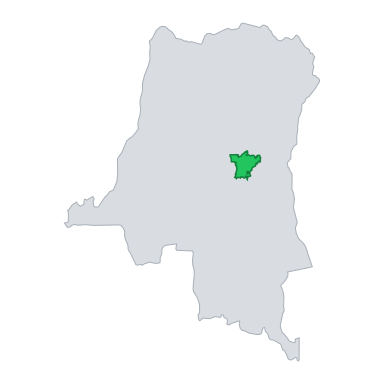 Kailo, Maniema, Democratic Republic of the Congo (highlighted)
{"feature_id": "63176286B17504702690240", "entity_name": "Kailo", "entity_type": "district", "adm_level": 2, "iso_a3": "COD", "parent_name": "Democratic Republic of the Congo", "parent_adm1": "Maniema", "projection": "equal_earth", "projection_center": [25.788, -2.56], "detail": "fine", "context": "in_parent", "style": "filled", "palette": "green", "viewbox_px": 384, "rotation_deg": 0, "n_neighbors": 0, "source": "geoboundaries", "source_scale": "gbopen_adm2", "svg_char_len": 7955}
<svg xmlns="http://www.w3.org/2000/svg" viewBox="0 0 384 384"><path d="M312.3,266.8L287.6,272.0L288.0,273.9L287.8,275.9L287.2,277.4L284.6,281.5L280.9,285.3L280.9,286.2L282.7,290.4L283.9,296.2L283.6,306.4L284.1,309.1L284.0,311.2L282.7,313.6L280.2,325.8L281.8,331.7L286.7,337.2L289.5,341.3L294.3,342.7L295.1,342.5L295.4,339.1L299.2,337.8L299.1,359.5L298.8,360.7L298.1,361.0L297.2,360.3L296.9,358.2L295.9,357.3L291.2,360.0L290.1,359.9L288.8,359.4L287.8,358.3L287.6,356.7L284.3,350.4L282.7,350.0L280.9,344.3L273.5,340.1L270.7,339.8L269.2,338.5L267.8,334.0L265.3,331.2L264.8,328.0L264.3,327.5L262.8,328.2L261.5,333.2L259.8,334.4L256.8,334.5L249.2,333.1L243.8,330.5L242.4,330.6L240.2,328.3L239.3,324.4L239.8,321.4L239.4,320.9L231.2,323.5L229.2,325.0L227.3,324.6L226.7,323.8L227.5,321.7L227.1,319.5L226.5,318.4L224.1,317.6L223.3,315.2L221.8,314.8L221.3,315.2L221.0,316.8L220.1,317.4L215.1,316.6L210.0,318.7L203.1,318.1L199.9,320.7L199.4,320.6L198.7,319.3L198.0,315.2L198.4,314.1L199.4,313.3L199.7,311.6L199.4,307.4L199.7,306.3L199.3,303.9L198.2,300.0L196.8,296.8L193.7,292.0L193.1,289.7L193.3,284.3L194.2,275.8L194.1,269.4L192.8,265.3L192.5,260.9L193.3,252.9L192.5,251.0L176.8,250.3L176.2,249.7L175.9,248.6L176.6,243.9L167.0,245.1L164.1,246.0L162.4,247.9L161.8,250.4L161.8,253.8L160.3,257.1L160.0,262.7L157.3,263.3L154.7,263.3L149.6,262.2L144.6,263.7L142.2,265.3L140.9,264.5L136.5,265.1L135.9,264.7L130.7,253.6L128.4,250.0L128.0,248.2L128.1,246.4L127.5,244.1L125.1,238.5L124.6,235.8L124.7,231.7L124.4,230.3L122.3,226.7L120.8,225.5L119.3,224.9L93.6,225.4L85.2,224.7L79.0,225.2L75.8,224.9L75.0,224.4L72.1,225.1L70.7,226.6L68.4,227.4L67.1,227.1L64.4,223.0L68.0,222.2L68.3,221.8L68.4,212.0L67.5,210.6L69.4,208.9L72.5,204.5L75.5,203.0L75.9,202.1L76.6,202.1L77.7,204.0L80.3,206.3L83.6,204.3L83.9,203.7L84.3,199.4L85.2,199.1L86.6,200.0L87.3,200.0L88.8,198.8L92.9,196.6L94.2,199.4L93.0,201.8L93.6,203.5L93.7,206.2L94.4,206.8L97.7,207.1L98.6,206.5L105.1,196.8L106.8,195.7L109.5,191.8L113.2,190.1L114.7,187.0L116.8,181.6L117.7,173.7L117.4,160.2L117.7,158.3L122.0,152.2L126.6,141.1L129.6,138.2L131.9,137.0L135.4,133.0L138.3,128.9L137.9,124.0L138.5,119.9L140.1,114.7L140.6,109.3L140.0,103.5L140.3,98.8L142.4,91.2L142.6,82.6L144.5,75.3L148.2,66.1L150.0,59.3L149.7,52.5L150.2,47.5L150.0,44.6L149.3,42.1L149.7,40.5L151.1,39.8L152.9,37.3L156.1,30.6L159.5,27.4L161.9,26.4L164.3,26.5L166.0,27.1L168.6,29.7L171.6,31.7L173.8,34.3L176.0,38.4L181.3,39.3L183.6,40.7L185.0,41.3L185.5,40.9L186.6,41.1L189.1,42.3L191.1,41.6L200.9,44.3L202.1,43.0L204.8,36.0L206.9,33.7L210.3,33.4L212.9,34.7L214.3,34.7L226.4,28.8L228.0,28.5L232.4,29.9L235.2,29.0L236.4,29.3L238.8,28.2L240.9,24.1L242.5,23.0L259.9,27.5L262.5,25.3L263.8,25.1L267.7,26.7L268.9,29.3L271.2,31.4L272.8,35.1L275.4,37.1L276.7,39.0L278.3,40.4L281.4,40.9L285.4,37.6L288.3,37.9L291.1,39.7L292.1,39.6L294.2,37.7L295.4,35.7L296.5,35.2L298.1,36.1L299.5,38.0L300.7,40.8L305.1,47.0L309.3,49.7L310.4,53.5L311.9,53.1L312.6,53.5L313.7,55.9L314.5,56.4L314.7,57.4L313.6,59.7L312.6,64.0L313.9,66.7L312.8,70.6L312.3,74.6L313.7,75.6L315.4,75.5L317.0,77.6L318.3,78.0L319.6,80.2L319.3,82.0L315.2,88.6L309.0,96.6L306.9,97.6L305.8,99.0L305.0,101.4L303.2,103.4L301.8,104.2L301.7,110.0L299.6,116.0L298.8,117.2L297.6,127.0L297.8,128.6L296.7,136.6L296.9,144.1L293.8,146.4L291.8,150.1L290.9,152.6L290.9,158.6L287.5,162.4L287.2,163.2L288.1,167.4L289.3,168.1L289.3,169.6L292.1,174.1L291.9,188.2L292.1,189.6L293.5,193.0L294.5,199.3L293.4,207.5L297.2,222.3L295.4,227.8L296.2,233.0L298.5,238.4L303.8,243.8L305.2,246.0L306.5,249.0L307.8,253.6L312.3,266.8Z" fill="#d9dde1" stroke="#a8b0b8" stroke-width="1"/><path d="M260.5,158.1L260.6,157.8L260.6,157.7L260.3,157.2L260.2,157.1L259.9,157.0L260.0,156.3L259.8,155.8L259.7,155.6L259.5,155.4L259.0,155.2L257.9,155.3L257.6,155.5L257.0,155.9L256.8,156.0L257.1,156.3L257.3,156.4L257.3,156.5L257.1,157.0L256.8,156.9L256.7,156.7L256.4,156.5L256.2,156.8L256.2,157.0L256.2,157.3L256.0,157.5L255.9,157.6L255.8,157.8L255.7,157.7L255.5,157.8L255.5,158.0L255.4,157.9L255.1,157.9L254.9,157.8L254.8,157.5L254.9,157.1L254.8,156.8L254.6,156.5L254.5,156.4L254.0,155.6L253.7,155.4L253.4,155.4L253.2,155.3L251.6,155.4L251.2,155.8L250.6,156.0L249.9,155.7L249.0,155.1L248.7,155.1L248.5,154.9L248.3,154.7L247.9,154.6L247.7,154.9L247.4,155.0L246.8,155.5L246.6,155.6L246.3,155.4L246.3,155.2L246.5,155.1L246.7,154.9L246.9,154.7L247.3,154.3L247.4,154.2L247.6,153.9L247.6,153.6L247.6,152.6L247.7,152.2L247.6,151.7L247.5,151.4L247.4,151.3L247.4,151.1L247.1,151.0L247.0,150.9L246.9,150.9L246.8,152.1L246.5,152.1L246.2,152.3L246.0,152.2L245.8,151.9L245.7,151.9L245.4,151.8L245.1,151.9L245.0,152.0L244.9,152.2L244.6,152.4L244.5,152.5L244.5,152.9L244.4,153.0L244.0,153.3L243.8,153.4L243.7,153.5L243.1,153.7L243.0,153.8L242.9,153.9L242.7,154.2L242.4,154.3L242.2,154.4L242.1,154.5L241.9,154.8L241.8,155.0L241.6,155.2L241.5,155.3L241.4,155.5L241.2,155.7L241.1,156.1L239.9,156.6L238.7,157.1L238.6,156.5L238.3,156.7L238.2,156.7L237.8,156.5L237.8,156.4L237.8,156.2L238.2,155.7L238.3,155.6L238.1,155.4L238.2,155.0L238.1,154.8L237.6,154.9L237.3,154.9L237.1,154.7L236.6,154.7L236.4,154.7L236.2,154.8L236.1,154.6L235.8,154.6L235.3,154.7L235.2,154.8L230.1,154.8L230.2,156.3L230.4,156.8L231.0,157.6L231.2,158.5L231.3,160.9L231.4,161.7L231.5,161.8L231.7,161.7L232.6,161.8L233.7,161.8L234.5,161.8L234.6,162.3L235.0,162.3L235.2,162.6L235.3,162.7L235.8,162.6L236.1,162.6L236.1,162.8L235.9,163.1L235.5,163.5L235.5,163.9L235.7,164.0L236.0,164.0L235.9,164.3L235.5,164.7L235.5,165.0L235.6,165.3L236.0,165.7L236.1,165.9L236.3,166.0L236.5,166.0L236.5,166.5L236.6,166.8L236.6,167.0L236.6,167.4L236.6,167.7L236.6,167.8L236.8,168.3L236.8,168.5L237.0,168.9L237.0,169.1L236.9,169.3L236.9,169.8L236.7,170.0L236.6,170.3L236.5,170.8L236.4,171.0L236.4,171.4L236.2,171.9L236.1,172.3L235.9,172.7L235.8,172.9L235.8,173.2L235.7,173.5L235.6,173.8L235.9,173.9L235.9,174.0L236.0,174.4L236.0,174.5L235.9,174.6L235.7,174.4L235.5,174.5L235.7,174.8L235.8,174.9L235.8,175.0L235.7,175.1L235.6,175.3L235.8,175.6L235.8,175.8L235.6,175.8L235.5,176.1L235.5,176.3L235.4,176.5L235.1,176.7L235.0,176.8L235.1,177.1L234.9,177.4L235.2,177.4L235.4,177.6L235.5,177.7L235.7,177.8L236.0,178.1L236.2,178.3L236.3,178.4L236.5,178.6L236.7,178.2L236.9,177.9L237.1,177.6L237.2,177.4L237.9,177.5L239.0,177.6L239.6,177.5L240.3,177.7L240.5,177.9L240.8,177.0L241.0,176.8L241.2,177.0L241.3,177.0L241.5,177.1L241.9,177.2L242.0,177.2L242.4,177.2L242.6,177.2L242.8,177.1L243.1,177.1L243.3,177.1L243.5,177.4L243.6,177.5L243.8,177.5L243.9,177.8L244.0,177.8L244.0,178.0L244.3,178.0L244.5,178.0L244.7,177.9L244.8,177.8L245.0,177.8L245.6,177.4L245.7,177.2L245.8,177.2L245.9,176.9L246.0,176.9L246.0,176.6L245.8,176.6L245.8,176.4L245.8,176.2L246.7,176.2L246.9,176.2L247.1,176.4L247.1,177.1L247.0,177.8L246.9,178.1L247.0,178.5L247.0,179.2L247.1,179.4L247.3,179.6L247.3,179.0L247.5,178.4L247.6,178.0L247.6,177.8L247.8,177.5L247.7,177.4L247.8,177.2L248.0,177.0L248.0,176.8L248.0,176.7L248.9,176.4L249.1,176.4L250.1,176.2L250.5,176.1L250.6,175.7L249.7,173.2L249.7,172.4L250.8,170.7L251.2,170.1L251.3,170.2L251.4,170.3L251.6,170.4L251.8,170.2L251.9,169.9L251.8,169.2L251.9,168.6L252.0,168.3L252.8,167.4L253.3,167.1L253.9,166.7L254.3,166.4L255.0,166.3L255.4,166.0L255.6,165.8L255.6,165.6L255.5,165.3L255.5,165.2L255.7,164.9L255.7,164.7L255.6,164.2L255.8,164.0L255.9,163.9L255.9,163.7L256.1,163.3L256.2,163.2L256.3,163.3L256.6,163.1L256.8,163.1L257.0,163.0L257.0,163.6L257.2,163.9L257.4,163.8L257.5,163.4L257.7,163.2L257.8,162.2L257.8,161.9L258.0,161.8L258.4,161.7L258.5,161.6L258.6,161.4L258.8,161.2L259.0,161.1L259.0,161.3L259.2,161.5L259.2,161.4L259.3,161.3L259.5,161.3L259.9,161.3L259.9,161.2L260.0,161.2L260.1,161.3L260.1,161.2L260.3,161.1L260.4,160.8L260.4,160.6L260.3,160.3L260.4,159.0L260.5,158.5L260.5,158.1ZM247.1,173.8L246.9,173.5L247.1,173.0L247.1,172.5L247.1,171.6L248.0,171.5L248.1,171.8L248.5,171.8L248.4,173.3L248.0,173.4L247.7,173.6L247.6,173.9L247.1,173.8Z" fill="#22c55e" stroke="#15803d" stroke-width="1.5"/></svg>